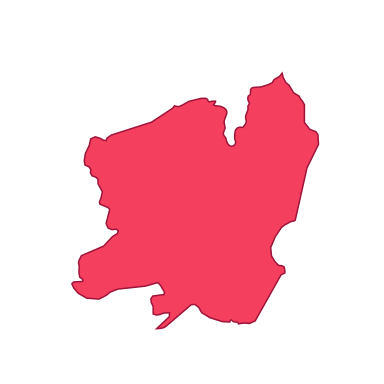 map outline of Kordestan (Natural Earth projection), rotated 108°
{"feature_id": "IRN-3241", "entity_name": "Kordestan", "entity_type": "Province", "adm_level": 1, "iso_a3": "IRN", "parent_name": "Iran", "parent_adm1": "", "projection": "natural_earth1", "projection_center": [46.82, 35.623], "detail": "fine", "context": "isolated", "style": "filled", "palette": "rose", "viewbox_px": 384, "rotation_deg": 108, "n_neighbors": 0, "source": "natural_earth", "source_scale": "10m", "svg_char_len": 2552}
<svg xmlns="http://www.w3.org/2000/svg" viewBox="0 0 384 384"><g transform="rotate(108 192 192)"><path d="M76.7,167.9L74.8,167.4L73.5,165.7L70.9,159.1L66.1,152.3L63.1,149.4L60.3,148.9L58.9,148.0L55.1,144.5L51.1,143.0L54.7,140.8L58.8,136.8L60.5,132.6L66.2,126.1L67.7,119.8L70.0,117.5L71.2,115.4L74.3,112.0L91.1,106.6L96.1,99.1L96.3,92.9L98.6,89.9L107.6,86.4L133.5,90.1L186.9,85.1L188.1,86.1L188.9,87.7L190.3,89.6L192.4,91.4L194.2,93.3L198.1,96.0L208.8,99.0L220.5,100.0L228.3,96.6L232.7,91.5L234.5,88.0L235.0,86.0L234.3,83.9L234.7,81.4L237.7,79.5L240.3,78.7L243.2,81.7L295.2,92.1L295.6,92.7L298.9,96.3L299.6,97.6L300.0,100.1L301.0,103.0L302.2,105.5L303.1,106.9L302.1,107.9L301.9,109.0L302.5,112.1L302.4,113.0L302.0,113.8L301.6,114.7L301.8,115.6L302.2,115.8L304.0,116.0L305.9,123.2L306.0,136.3L303.7,145.6L299.7,149.9L298.0,154.5L299.4,157.9L328.0,175.4L329.9,177.1L331.9,180.7L332.9,183.4L317.6,175.0L313.9,176.1L315.7,181.2L318.8,185.2L320.0,187.9L320.0,191.2L312.7,193.7L309.7,196.6L306.3,198.1L303.1,197.2L298.2,187.0L295.8,187.2L290.4,193.3L288.8,196.6L296.0,207.4L307.3,232.6L312.4,238.8L316.6,241.5L322.6,247.4L325.5,259.3L323.5,268.9L319.8,274.8L316.4,277.9L314.1,276.7L310.8,268.3L308.9,268.8L307.7,272.4L303.9,274.5L297.6,276.3L294.4,278.1L291.2,278.2L286.7,277.5L270.7,259.3L258.9,253.8L254.8,250.3L251.8,250.0L250.7,252.5L252.5,256.3L252.2,260.6L248.6,263.9L233.8,264.9L232.7,267.4L232.1,275.7L230.0,277.0L225.9,276.7L219.5,277.3L213.2,283.9L208.9,285.4L207.6,288.3L207.5,292.0L205.3,294.5L201.9,295.1L199.9,297.9L199.4,302.1L195.4,304.2L188.4,305.3L179.1,304.1L172.8,304.8L169.4,301.0L169.3,295.9L170.1,292.2L169.7,289.5L167.3,289.6L162.9,286.5L138.0,252.0L118.3,236.3L115.4,235.3L115.6,234.8L114.9,231.0L112.4,228.1L106.7,222.9L100.1,212.2L98.8,208.5L98.7,207.3L99.0,206.3L99.5,205.5L100.4,204.8L100.8,204.3L100.9,203.8L100.8,203.2L100.4,202.7L99.2,200.3L98.3,197.7L98.8,197.5L99.3,197.5L102.5,198.5L102.7,196.8L101.8,191.8L101.8,189.7L102.1,187.5L103.0,185.4L104.3,184.0L106.4,183.2L113.6,183.4L115.8,183.0L121.0,180.2L125.0,180.4L127.2,180.2L128.8,178.6L130.2,176.5L133.4,174.5L135.0,173.0L136.2,170.9L136.4,168.9L135.7,167.2L133.9,165.9L131.7,165.7L129.9,166.6L128.1,167.9L126.1,168.6L121.7,169.6L119.5,169.7L117.4,168.8L116.6,168.1L116.0,167.3L115.5,166.5L115.0,163.8L114.5,163.4L113.8,163.3L110.6,162.0L108.9,162.0L107.2,162.6L105.2,163.8L103.1,164.5L96.5,164.2L93.2,165.3L92.1,165.2L91.1,164.9L90.0,164.8L87.5,167.0L85.5,168.0L83.4,168.1L81.7,167.0L80.6,166.7L76.7,167.9Z" fill="#f43f5e" stroke="#9f1239" stroke-width="1.5"/></g></svg>